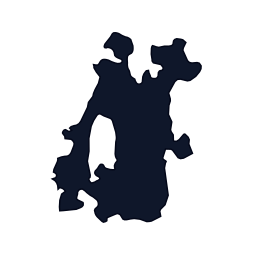 outline of Álava, rotated 77°
{"feature_id": "ESP-5801", "entity_name": "Álava", "entity_type": "Autonomous Community", "adm_level": 1, "iso_a3": "ESP", "parent_name": "Spain", "parent_adm1": "", "projection": "equal_earth", "projection_center": [-2.779, 42.851], "detail": "fine", "context": "isolated", "style": "filled", "palette": "ink", "viewbox_px": 256, "rotation_deg": 77, "n_neighbors": 0, "source": "natural_earth", "source_scale": "10m", "svg_char_len": 4030}
<svg xmlns="http://www.w3.org/2000/svg" viewBox="0 0 256 256"><g transform="rotate(77 128 128)"><path d="M115.0,184.9L113.9,183.1L113.6,180.0L113.7,177.6L112.8,174.8L110.9,172.5L98.8,162.8L94.1,160.7L89.4,155.1L86.6,153.8L83.1,151.3L77.9,146.7L71.9,143.6L66.3,146.2L61.6,147.6L60.8,147.3L58.5,147.3L59.3,145.5L59.9,143.4L58.9,141.7L57.6,140.6L56.4,139.2L55.7,137.6L55.8,135.9L56.4,134.0L57.6,131.7L59.7,129.2L61.7,126.1L62.9,123.7L63.3,120.9L62.6,119.2L61.3,118.4L59.7,118.8L57.1,122.4L55.8,123.7L54.4,124.5L50.8,124.4L49.1,124.8L47.6,125.6L46.3,126.8L45.4,128.3L44.8,129.8L45.0,131.1L44.6,132.4L43.6,132.9L42.3,132.4L41.0,131.5L35.4,124.5L32.8,122.1L32.1,120.8L32.3,119.1L32.9,117.5L33.9,115.8L36.5,113.1L38.7,110.1L39.5,108.4L40.7,106.9L42.4,105.5L49.0,104.8L51.3,105.2L53.1,105.7L54.7,106.6L55.8,107.8L56.7,110.9L57.7,112.2L59.2,112.9L60.9,113.4L64.5,114.0L66.3,114.5L68.1,114.7L69.8,114.7L72.8,113.9L76.7,113.9L78.3,113.6L79.7,112.6L82.0,110.4L83.5,110.4L86.0,109.7L87.0,109.0L87.6,108.0L87.9,106.6L87.7,105.3L86.8,103.8L81.4,102.0L79.0,100.4L77.4,98.6L76.4,97.3L76.5,95.1L78.7,95.2L82.1,94.6L83.4,94.6L83.8,94.5L84.3,94.2L85.0,93.4L85.6,91.9L86.0,89.9L85.7,88.5L84.3,87.0L80.8,85.9L79.5,84.5L79.4,83.1L79.4,81.6L78.5,80.6L77.0,80.1L73.6,81.6L70.2,88.6L68.1,89.4L66.8,89.1L61.3,88.7L55.7,87.2L54.2,86.5L53.3,85.6L54.1,84.1L55.2,82.5L56.4,79.9L56.5,74.2L57.5,69.8L57.6,67.0L56.6,65.3L53.4,64.0L52.3,62.6L52.0,60.5L53.4,56.7L54.4,54.8L57.7,52.4L62.3,56.1L64.6,57.1L75.8,54.9L78.0,53.4L79.1,51.1L79.8,46.0L80.9,44.0L83.9,42.8L86.7,43.6L89.2,45.6L92.9,50.4L95.5,56.7L95.4,59.5L92.2,65.8L91.7,68.9L93.3,71.9L103.0,80.6L109.0,80.3L111.1,80.7L115.2,83.1L123.9,85.6L131.9,84.0L139.4,87.0L141.4,86.8L144.9,85.5L149.9,86.5L150.6,86.5L151.3,86.0L151.9,83.5L150.9,80.7L146.8,75.2L146.6,74.5L146.9,73.8L150.5,71.5L153.2,71.0L157.3,72.4L167.2,70.9L169.8,80.6L169.6,83.7L168.2,85.8L159.4,89.6L158.2,91.1L156.9,96.2L164.9,100.9L165.7,100.9L166.7,100.5L168.8,98.5L169.3,98.4L170.4,99.4L175.2,101.5L202.6,104.0L211.1,109.2L214.5,114.6L216.2,115.8L221.4,116.0L223.9,126.1L223.8,128.2L223.4,130.7L219.5,136.8L217.5,142.3L217.1,145.9L217.0,149.8L216.6,151.9L215.6,153.4L210.6,155.1L209.0,157.2L209.0,159.1L210.6,168.3L211.6,169.0L213.6,169.5L214.1,170.9L214.2,173.1L213.1,174.3L207.6,177.9L205.8,178.7L204.0,179.1L200.7,179.1L199.4,178.2L197.9,175.5L197.1,174.7L196.0,174.1L194.5,173.8L192.8,173.8L191.1,174.4L187.4,177.3L185.0,179.9L181.4,182.8L179.9,183.7L177.3,186.0L176.9,187.8L177.2,189.4L178.1,190.7L179.4,191.7L180.9,192.0L183.7,193.5L185.2,194.1L186.7,193.3L190.5,188.6L191.9,188.7L193.3,189.2L194.3,190.5L194.8,192.1L195.5,196.7L193.9,209.4L193.3,213.1L189.4,212.5L183.0,210.6L177.5,207.5L175.7,203.3L174.0,203.9L172.6,204.9L171.5,206.3L170.6,208.2L171.1,208.7L171.3,208.9L171.5,209.2L171.9,209.9L168.3,209.4L165.3,209.8L162.8,211.0L160.6,213.2L160.2,209.5L158.4,208.2L156.4,208.3L155.4,209.1L154.2,210.5L151.6,209.4L145.0,204.4L143.3,203.5L141.8,203.3L141.3,199.5L141.4,196.0L141.7,194.4L141.7,192.7L141.0,190.8L139.1,188.8L132.7,184.5L130.3,183.8L127.6,184.8L126.1,186.1L125.5,187.9L124.2,191.7L121.7,191.4L119.4,192.5L118.1,192.9L116.7,192.1L115.6,190.6L115.6,189.2L117.8,186.9L118.2,185.6L117.5,183.4L115.0,184.9ZM152.6,146.5L150.3,146.3L138.9,143.0L136.2,141.8L134.2,141.3L129.3,140.8L117.5,141.5L115.6,142.1L114.5,143.2L110.7,148.8L108.0,151.8L107.6,153.4L108.5,155.4L113.0,159.9L117.9,163.5L129.3,168.5L141.9,171.3L151.2,175.1L165.4,175.4L166.6,175.8L167.6,176.2L168.0,177.1L168.9,177.8L171.1,177.5L173.1,176.4L173.5,175.4L173.2,172.4L172.5,170.3L172.3,168.8L171.7,167.4L171.1,166.7L169.9,166.9L168.9,167.5L167.2,169.5L166.1,170.1L164.9,170.5L163.7,170.3L162.6,169.6L160.8,167.0L159.9,166.0L158.9,165.1L158.0,164.1L157.3,163.1L157.4,162.0L157.8,161.0L158.7,160.3L161.1,159.7L162.0,159.0L162.7,158.1L164.5,154.7L164.8,153.6L165.2,152.5L165.5,150.6L165.0,149.9L163.1,149.9L161.5,149.6L159.8,148.5L158.8,147.5L158.1,146.4L157.1,145.8L155.9,145.7L154.4,146.3L152.6,146.5Z" fill="#0f172a" stroke="#020617" stroke-width="1.5"/></g></svg>